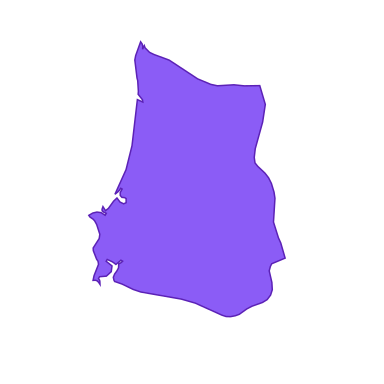 SVG path tracing the border of Quảng Ngãi, rotated 210°
{"feature_id": "VNM-488", "entity_name": "Quảng Ngãi", "entity_type": "Province", "adm_level": 1, "iso_a3": "VNM", "parent_name": "Vietnam", "parent_adm1": "", "projection": "mercator", "projection_center": [108.762, 15.012], "detail": "fine", "context": "isolated", "style": "filled", "palette": "violet", "viewbox_px": 384, "rotation_deg": 210, "n_neighbors": 0, "source": "natural_earth", "source_scale": "10m", "svg_char_len": 1685}
<svg xmlns="http://www.w3.org/2000/svg" viewBox="0 0 384 384"><g transform="rotate(210 192 192)"><path d="M214.2,75.8L215.5,76.6L217.5,78.8L218.0,82.3L217.6,85.9L217.7,89.5L219.5,93.1L218.5,94.6L218.0,95.6L217.5,97.4L219.5,97.4L220.0,95.7L221.7,91.2L223.7,91.5L226.1,91.7L231.7,91.2L231.7,89.1L224.3,88.0L222.1,82.6L224.1,76.3L229.7,72.4L229.7,70.3L227.9,69.4L227.1,68.5L225.5,66.0L227.7,67.1L229.7,67.6L231.5,67.3L233.5,66.0L235.0,70.6L236.8,82.6L238.7,85.0L241.0,86.1L248.1,91.8L249.6,94.1L249.1,105.3L250.7,109.3L258.2,116.1L261.8,118.3L264.0,119.0L267.9,119.3L269.7,120.2L267.4,124.2L264.3,127.1L260.4,128.7L255.6,128.4L255.6,130.7L258.5,130.4L260.4,130.8L261.3,132.1L261.8,134.8L257.6,132.6L256.2,136.0L255.3,144.9L254.0,149.3L249.3,147.3L245.3,147.6L243.7,149.8L245.8,153.4L247.6,153.4L250.0,152.3L252.4,153.1L253.9,155.6L254.0,159.6L255.6,159.6L255.8,157.1L256.2,155.2L257.6,151.5L260.3,178.4L267.1,202.1L285.5,244.7L279.6,245.3L281.0,247.1L287.5,249.7L288.8,252.4L294.7,261.3L296.6,263.2L307.5,277.7L309.0,282.0L311.6,296.4L309.2,295.3L307.4,293.4L306.2,290.9L306.5,294.9L304.7,293.4L298.6,291.7L293.5,292.1L277.7,294.8L243.7,292.8L229.6,294.6L223.1,296.7L209.3,305.8L199.7,310.1L186.5,318.0L172.3,304.5L165.8,287.9L158.9,261.2L155.4,253.1L152.0,248.7L147.9,247.1L138.2,244.8L132.8,242.6L127.5,239.1L120.9,232.9L117.0,228.0L106.4,206.7L94.2,195.5L89.6,192.2L78.3,181.3L87.1,169.7L86.9,166.7L85.7,162.3L77.6,153.6L73.6,147.5L72.4,142.0L73.1,136.4L75.7,131.6L83.1,122.9L86.1,118.1L89.9,109.7L92.6,106.5L96.3,103.3L100.2,101.2L104.5,100.3L133.6,97.4L147.7,93.9L186.3,79.8L194.2,78.2L206.5,77.3L213.5,76.0L214.2,75.8Z" fill="#8b5cf6" stroke="#5b21b6" stroke-width="1.5"/></g></svg>